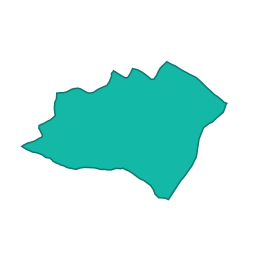 the district of Esan South-East, Edo, Nigeria, rotated 40°
{"feature_id": "59680162B32427656470349", "entity_name": "Esan South-East", "entity_type": "district", "adm_level": 2, "iso_a3": "NGA", "parent_name": "Nigeria", "parent_adm1": "Edo", "projection": "orthographic", "projection_center": [6.432, 6.577], "detail": "fine", "context": "isolated", "style": "filled", "palette": "teal", "viewbox_px": 256, "rotation_deg": 40, "n_neighbors": 0, "source": "geoboundaries", "source_scale": "gbopen_adm2", "svg_char_len": 2386}
<svg xmlns="http://www.w3.org/2000/svg" viewBox="0 0 256 256"><g transform="rotate(40 128 128)"><path d="M187.8,45.6L185.0,46.6L181.3,46.3L176.5,46.4L173.1,46.9L167.2,46.5L163.8,46.5L159.3,46.2L155.9,45.8L152.5,45.6L151.1,45.6L147.7,45.6L144.3,46.3L140.2,47.4L137.8,47.8L134.7,48.5L130.6,49.3L127.1,49.7L124.4,50.0L121.0,51.1L117.2,51.9L115.2,52.2L114.8,55.4L114.5,58.2L114.2,61.4L114.9,65.2L115.5,67.3L116.2,69.5L116.2,71.6L116.6,73.7L114.5,75.8L110.8,75.8L106.3,75.9L104.7,76.0L102.2,76.3L97.7,77.3L95.4,78.5L93.3,79.5L94.6,84.3L95.3,88.7L94.7,90.4L93.0,91.6L89.4,92.2L84.4,92.9L81.8,93.2L80.1,93.5L80.4,94.0L80.3,94.7L80.3,96.9L82.1,98.9L83.1,101.8L83.8,103.9L84.1,105.6L84.5,109.1L83.1,111.6L81.4,115.1L80.1,117.9L79.5,120.1L78.7,122.9L76.7,125.4L74.9,126.8L72.5,127.5L67.4,128.4L66.4,128.6L64.0,129.7L63.0,130.8L61.3,132.5L59.9,134.7L58.5,138.2L57.5,140.3L55.7,142.6L53.4,144.6L51.0,147.0L51.5,147.7L54.4,151.6L55.5,155.4L57.0,157.5L57.2,157.9L59.6,161.0L63.1,164.2L64.4,165.2L63.8,169.1L63.4,171.5L62.1,174.4L61.0,177.5L60.8,178.1L60.0,179.7L58.9,181.7L59.0,181.8L58.3,183.2L60.0,185.6L62.1,186.3L64.2,187.3L66.9,188.4L67.9,190.1L66.6,192.9L64.9,197.9L63.8,199.7L62.5,201.8L61.1,203.5L60.4,205.0L59.7,206.7L59.1,208.1L58.5,210.4L61.8,209.9L65.1,209.3L67.2,208.6L68.4,208.3L70.3,207.8L72.8,206.3L74.0,205.6L74.8,205.3L77.5,204.3L79.2,203.7L81.2,203.6L84.2,203.4L87.3,201.3L89.1,201.3L90.3,201.2L92.0,201.7L95.7,200.9L97.9,200.0L100.1,199.6L102.5,198.5L103.8,198.1L105.7,197.7L106.1,197.6L106.9,197.2L107.3,197.1L108.1,196.9L109.0,196.2L110.5,195.3L112.3,194.5L114.3,193.2L115.1,192.8L116.0,191.0L117.2,189.2L118.5,187.7L119.0,187.2L119.7,186.5L120.5,185.7L121.8,184.7L126.8,180.9L128.3,179.8L131.1,178.5L132.5,177.8L133.8,177.2L137.5,174.1L138.3,173.9L139.7,172.8L142.0,171.0L144.8,166.5L145.0,166.4L148.7,163.8L149.9,162.0L151.0,161.8L152.3,161.6L154.5,161.0L154.7,160.9L154.8,160.9L155.4,160.6L156.3,160.3L160.7,159.8L165.8,159.5L169.7,159.2L170.1,159.1L170.8,158.9L173.5,158.1L176.8,157.8L177.9,157.8L182.3,157.5L186.1,158.6L187.0,158.9L187.4,159.0L191.3,161.3L196.4,161.6L197.6,160.7L200.2,158.8L201.6,157.8L205.0,156.8L203.7,146.6L202.3,135.2L202.3,129.6L201.3,116.3L198.9,106.2L198.3,105.2L192.1,95.1L189.5,90.8L185.7,79.3L187.1,72.7L188.8,69.2L189.5,62.6L190.9,54.9L190.1,52.4L189.2,50.0L187.8,46.6L187.8,45.6Z" fill="#14b8a6" stroke="#0f766e" stroke-width="1.5"/></g></svg>